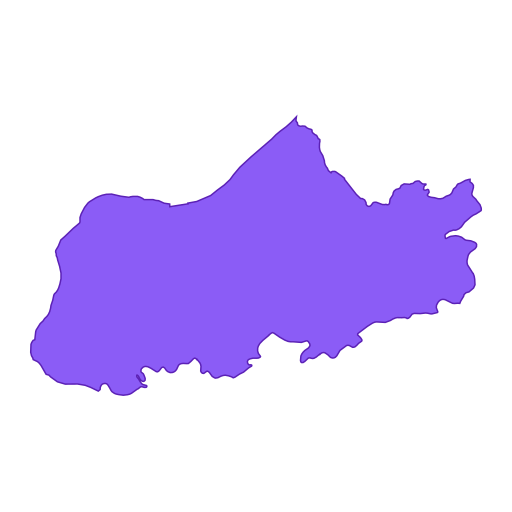 El Peñon, Bolívar, Colombia, rotated 270°
{"feature_id": "7082276B39093540987774", "entity_name": "El Peñon", "entity_type": "district", "adm_level": 2, "iso_a3": "COL", "parent_name": "Colombia", "parent_adm1": "Bolívar", "projection": "mercator", "projection_center": [-73.909, 8.86], "detail": "fine", "context": "isolated", "style": "filled", "palette": "violet", "viewbox_px": 512, "rotation_deg": 270, "n_neighbors": 0, "source": "geoboundaries", "source_scale": "gbopen_adm2", "svg_char_len": 6100}
<svg xmlns="http://www.w3.org/2000/svg" viewBox="0 0 512 512"><g transform="rotate(270 256 256)"><path d="M314.7,129.0L315.8,120.8L317.9,111.6L317.7,106.3L316.8,102.3L315.3,98.2L314.1,95.7L310.2,89.4L308.9,87.9L304.6,84.6L298.1,81.2L294.5,80.0L290.1,80.0L289.0,79.6L283.7,73.3L275.7,65.0L272.0,60.8L265.8,58.3L261.6,55.8L260.1,55.6L258.2,56.2L256.2,56.3L254.4,57.2L251.9,57.7L245.7,59.6L239.0,61.0L233.2,61.0L228.0,59.9L224.2,58.7L222.0,57.7L219.8,56.2L218.2,54.5L216.9,53.8L211.6,52.7L206.6,51.0L203.8,50.6L200.4,49.7L197.6,48.4L195.6,46.9L193.4,44.6L191.1,43.1L188.4,40.2L182.0,36.2L180.3,35.7L172.3,34.8L171.6,33.1L169.5,31.7L167.7,31.0L159.7,30.7L156.3,31.5L154.0,32.8L152.4,33.2L150.4,37.5L148.9,39.2L146.6,41.0L137.7,46.1L136.9,48.9L135.1,50.6L130.2,57.4L127.9,65.2L128.0,77.6L126.7,85.2L124.6,90.7L120.9,98.3L122.4,100.1L124.7,100.3L126.7,101.2L127.8,102.2L128.3,103.4L128.6,105.0L128.2,106.7L127.0,107.9L123.9,109.8L121.6,111.0L120.3,112.0L118.7,114.3L118.0,116.0L117.4,118.8L116.8,123.3L117.3,127.5L117.9,129.8L118.8,131.6L122.9,137.3L123.1,138.0L125.1,140.5L125.3,141.8L124.6,144.3L124.6,145.3L124.7,146.2L125.3,146.8L126.1,146.8L126.5,146.5L127.5,142.8L128.4,141.6L130.4,140.1L132.8,138.7L134.9,137.0L135.7,136.7L136.8,136.8L136.9,137.2L136.4,138.0L134.7,139.1L133.4,139.6L132.1,140.6L131.4,141.3L130.7,142.5L130.6,143.8L131.6,145.0L133.1,145.2L134.1,145.0L136.8,144.0L138.2,143.3L139.9,141.2L140.7,140.9L142.5,141.1L143.3,141.5L145.0,143.3L145.6,145.1L145.4,147.2L145.1,148.2L143.8,150.8L140.4,156.2L140.2,157.1L140.2,157.6L140.7,158.5L141.4,159.3L144.0,161.3L144.7,162.1L144.9,163.3L144.1,164.6L141.5,166.4L140.3,167.9L139.4,170.2L139.5,172.3L140.0,173.8L141.1,175.4L142.6,176.6L146.7,178.5L147.7,179.6L148.3,180.9L148.6,183.1L148.4,186.8L148.5,188.4L150.6,190.9L153.3,193.5L153.9,194.8L153.5,195.8L152.3,196.9L152.6,197.1L149.1,199.9L147.6,200.6L145.6,201.0L141.0,200.7L139.7,201.3L138.8,202.3L138.6,203.8L140.7,206.7L140.8,207.5L140.3,208.5L139.5,209.4L135.6,212.2L134.1,214.7L133.9,215.5L134.3,217.9L135.8,220.9L136.5,223.0L136.8,225.2L136.2,228.5L135.2,231.5L134.2,233.2L134.8,234.9L137.9,239.5L139.9,243.6L144.1,248.6L145.9,251.6L146.5,251.8L147.0,251.6L147.2,250.8L147.1,249.1L147.8,248.3L148.9,247.6L150.7,247.4L151.9,248.0L152.5,248.7L153.2,250.3L153.8,252.9L153.8,256.8L154.0,258.6L154.8,260.1L155.4,260.5L155.9,260.3L158.5,258.4L161.1,257.6L164.0,257.7L165.9,258.3L168.5,259.8L171.7,262.9L176.6,268.8L176.8,268.7L178.8,271.2L179.4,272.5L178.8,274.0L174.9,279.6L171.9,284.8L170.6,288.1L170.2,290.7L170.2,293.4L169.6,301.4L171.1,306.2L171.1,307.2L170.4,308.3L168.0,309.8L166.6,310.0L165.6,309.6L164.0,308.4L161.6,304.9L159.8,303.1L158.0,301.8L156.0,300.9L151.6,300.5L150.1,300.8L149.4,301.7L149.5,303.1L150.5,304.7L153.9,308.3L154.2,310.2L153.8,310.8L153.5,312.8L153.8,314.1L155.0,316.3L157.8,319.6L157.5,319.8L158.7,321.1L159.2,322.1L159.5,323.7L159.1,325.1L157.2,327.9L154.6,330.5L154.0,332.3L154.1,333.9L154.7,335.3L156.2,336.8L161.6,340.0L166.5,346.6L166.7,347.6L166.6,349.1L164.7,352.6L164.8,353.9L165.3,355.2L167.2,357.3L168.6,358.5L170.8,361.6L171.3,361.9L172.1,361.9L172.7,361.6L174.5,360.4L177.1,357.6L178.4,357.8L185.6,367.3L188.9,372.5L189.8,374.6L190.1,376.5L189.6,385.3L191.5,390.4L192.9,392.7L194.1,395.6L194.4,397.2L194.3,401.6L194.5,404.5L194.0,406.6L193.5,407.1L193.7,408.2L194.7,409.7L197.9,412.1L198.6,414.2L198.4,420.2L199.0,425.5L198.8,427.7L198.2,430.3L198.1,431.9L199.4,437.2L199.6,437.6L200.2,437.8L204.3,436.3L206.8,436.5L209.8,438.1L211.3,439.5L212.1,440.7L212.6,442.2L212.6,443.7L212.3,445.2L211.3,447.2L208.7,452.5L208.5,454.4L208.8,457.8L208.6,459.8L210.7,460.6L215.7,463.6L217.5,464.1L219.3,466.1L220.1,469.0L223.5,473.0L224.1,473.6L227.2,475.0L232.8,474.7L235.8,474.2L238.5,473.2L239.3,472.5L247.2,467.5L249.1,467.1L251.2,467.0L255.5,467.9L257.4,468.5L259.9,470.4L263.4,475.2L265.4,476.5L267.6,476.6L268.6,476.1L269.7,474.7L271.2,470.8L271.8,466.0L272.2,465.0L274.8,461.6L275.9,458.4L276.3,455.6L275.7,450.9L275.3,449.6L273.5,446.2L273.6,445.5L275.9,445.0L277.0,445.1L277.7,445.5L280.5,449.2L281.9,453.4L281.8,455.2L282.1,456.6L283.3,459.1L285.2,461.4L289.7,464.6L295.0,470.7L296.8,473.2L298.2,476.2L301.4,481.1L302.3,481.3L304.0,481.2L307.3,480.0L311.1,476.9L312.8,475.8L315.6,472.8L317.0,472.0L318.5,471.8L324.4,473.4L326.7,473.4L328.5,472.2L330.2,470.0L332.7,470.1L332.6,469.0L331.6,465.4L328.8,460.3L328.1,458.0L327.1,457.1L325.1,456.0L323.0,453.5L319.2,451.9L317.5,450.4L316.8,449.1L315.8,446.2L313.7,442.9L313.2,440.2L313.3,438.1L314.3,434.5L314.7,431.2L315.5,428.5L316.7,427.4L317.4,427.5L319.7,429.1L320.6,429.0L322.2,428.5L322.6,427.7L321.8,425.5L321.9,424.7L322.2,423.9L322.7,423.5L325.7,424.1L326.6,424.8L327.0,425.7L327.8,426.0L328.0,425.8L328.0,423.1L328.5,421.9L331.0,419.1L331.0,417.4L330.5,415.2L328.6,413.0L328.3,411.0L327.7,409.9L328.1,404.1L326.5,401.2L323.9,399.9L323.2,398.4L322.6,396.1L321.0,394.1L319.4,393.3L317.0,392.8L312.9,390.1L308.7,389.5L308.1,389.2L307.3,388.1L307.3,386.8L307.7,386.0L307.4,384.9L307.5,382.3L309.7,376.5L309.8,375.1L309.6,373.8L309.3,373.1L306.4,370.9L305.9,370.1L305.6,369.0L305.8,367.9L306.3,367.1L307.5,366.2L309.5,366.0L312.1,364.6L313.4,362.4L313.5,360.6L317.6,356.3L332.7,344.5L333.7,344.5L336.0,341.7L340.3,335.6L340.6,334.7L340.6,332.6L340.2,331.6L339.2,331.0L341.3,328.5L342.2,328.0L343.8,327.4L345.0,326.4L347.1,325.2L349.4,324.5L351.2,324.4L356.3,322.8L360.5,320.3L362.1,319.8L364.6,319.4L368.5,319.5L370.7,319.9L372.4,319.8L372.8,319.4L373.3,318.2L374.4,317.8L376.6,316.6L377.4,314.9L379.2,312.7L380.2,312.1L381.9,312.0L382.3,311.6L382.7,311.0L383.1,309.2L383.9,307.3L385.8,305.0L386.0,302.4L385.7,300.6L386.1,299.1L386.8,298.0L387.5,297.6L389.2,297.4L390.9,296.1L392.3,296.0L395.2,296.4L389.9,291.4L385.2,286.1L380.8,280.2L377.3,276.0L372.8,271.6L355.0,250.9L344.7,239.8L337.2,233.5L332.4,230.0L327.1,224.4L322.0,217.5L316.5,210.7L310.5,196.7L308.9,187.9L308.2,188.1L305.3,169.8L308.0,169.7L308.8,164.1L311.3,158.7L311.6,155.8L312.4,153.0L312.4,144.1L313.6,142.5L314.9,139.9L315.6,137.5L315.6,133.0L315.2,130.4L314.7,129.0Z" fill="#8b5cf6" stroke="#5b21b6" stroke-width="1.5"/></g></svg>